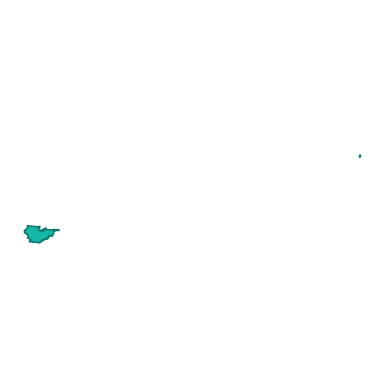 Manzanillo, Colima, Mexico (Albers equal-area conic projection), rotated 164°
{"feature_id": "50627088B77985545046422", "entity_name": "Manzanillo", "entity_type": "district", "adm_level": 2, "iso_a3": "MEX", "parent_name": "Mexico", "parent_adm1": "Colima", "projection": "albers", "projection_center": [-104.517, 19.132], "detail": "fine", "context": "isolated", "style": "filled", "palette": "teal", "viewbox_px": 384, "rotation_deg": 164, "n_neighbors": 0, "source": "geoboundaries", "source_scale": "gbopen_adm2", "svg_char_len": 4435}
<svg xmlns="http://www.w3.org/2000/svg" viewBox="0 0 384 384"><g transform="rotate(164 192 192)"><path d="M362.1,193.8L362.0,193.6L362.3,193.4L362.8,193.1L362.4,192.7L362.1,192.6L360.6,191.3L360.7,191.2L360.8,191.1L360.6,190.9L360.2,190.8L360.0,190.6L359.9,190.5L359.9,190.4L360.3,190.4L360.4,190.2L360.7,190.2L361.3,190.0L362.0,189.3L361.7,188.8L361.4,188.5L360.5,188.6L359.2,188.2L359.2,187.7L358.3,187.5L358.1,187.6L357.9,187.6L356.5,187.1L356.5,186.8L356.3,186.7L355.7,186.5L355.1,186.3L354.1,186.0L353.7,186.0L353.7,185.9L353.9,185.8L353.6,185.6L353.3,185.5L352.9,185.4L352.7,185.2L352.3,185.4L352.0,185.3L351.9,185.5L351.7,185.6L351.6,185.8L351.4,185.8L351.2,185.8L351.1,185.7L350.9,185.8L350.9,186.0L350.7,186.1L350.7,185.9L350.4,185.7L350.1,185.7L350.0,186.1L349.7,186.2L349.5,186.5L349.5,186.8L349.4,187.0L349.0,186.9L348.9,186.9L348.5,186.6L348.3,186.6L348.2,186.5L347.9,186.4L347.4,187.0L347.1,187.5L346.9,187.5L346.8,187.3L346.8,187.2L346.7,187.1L346.3,186.9L345.8,187.4L345.2,187.4L345.0,187.7L344.9,187.7L344.8,187.4L344.9,187.2L345.1,186.7L344.7,186.6L344.3,186.7L344.3,186.8L344.1,187.0L343.9,187.0L343.8,186.9L343.5,187.0L343.1,187.0L343.1,187.3L343.2,187.5L343.0,187.9L342.9,187.9L342.5,188.1L342.1,188.0L342.0,188.3L342.2,188.7L341.9,188.8L341.8,188.7L341.6,188.8L341.6,189.1L341.8,189.3L341.8,189.5L341.7,189.6L341.3,189.7L341.2,189.3L341.0,189.2L340.9,189.5L340.7,189.6L340.4,189.5L340.5,188.7L340.2,188.4L339.8,188.4L339.6,188.8L339.2,188.7L338.7,188.0L338.3,188.1L338.0,188.5L337.7,188.9L337.2,189.3L337.0,189.6L336.9,189.7L336.9,190.0L336.8,190.3L336.5,190.2L336.4,190.2L336.4,190.5L336.4,190.9L336.5,191.0L336.4,191.4L336.1,191.6L336.2,191.8L336.2,192.0L336.0,192.3L335.8,192.4L335.7,192.4L335.5,192.0L335.4,192.0L335.1,192.1L334.8,192.4L335.1,192.8L335.1,193.2L335.2,193.3L335.4,193.2L335.6,193.3L335.5,193.7L335.4,193.9L335.1,193.9L334.7,193.8L334.4,193.7L334.2,193.6L334.3,193.3L334.1,193.3L334.0,193.1L333.9,193.0L333.9,192.9L334.1,192.8L334.1,192.6L334.0,192.4L333.9,192.4L333.7,192.3L333.5,192.5L333.4,192.6L333.5,192.6L333.4,192.7L333.2,192.6L332.1,192.2L331.8,192.2L331.5,192.1L331.3,192.0L331.1,192.0L330.8,191.6L330.6,191.8L330.8,192.0L330.7,192.2L330.4,192.1L330.3,192.5L330.6,192.5L331.6,192.8L334.7,193.9L335.2,194.0L335.8,194.1L336.7,194.2L340.5,195.3L341.3,195.7L341.4,195.8L341.6,196.0L341.8,196.0L342.0,196.1L342.4,196.1L342.4,196.3L342.5,196.4L342.4,196.5L342.5,196.6L342.5,196.9L342.7,197.0L342.8,197.2L342.7,197.3L342.9,197.3L342.9,197.5L343.0,197.4L343.1,197.5L343.0,197.4L343.1,197.2L343.0,196.8L343.0,196.7L343.2,196.8L343.3,196.9L343.4,197.0L343.6,197.0L343.5,196.9L343.7,196.7L343.8,196.7L344.1,196.3L344.3,196.3L344.5,196.4L344.6,196.6L344.8,196.6L344.8,196.8L344.8,196.7L344.9,196.8L345.1,197.0L345.1,197.3L345.3,197.3L345.2,197.3L345.3,197.2L345.2,197.1L345.3,197.1L345.4,196.9L345.5,196.8L345.4,196.5L345.2,196.5L345.1,196.3L345.1,196.1L345.2,195.9L345.7,195.6L346.1,195.6L346.7,195.6L347.2,195.7L347.3,195.8L347.5,196.0L347.4,196.1L347.5,196.2L347.4,196.3L347.5,196.4L347.5,196.6L347.4,196.6L347.2,196.8L347.3,196.8L347.2,196.9L347.3,196.9L347.3,197.0L347.5,197.1L347.6,196.9L347.8,196.7L347.7,196.7L347.8,196.6L347.7,196.6L347.8,196.4L348.0,196.4L348.3,196.5L348.8,196.7L349.3,197.1L349.7,197.6L349.8,198.1L349.9,198.6L349.8,198.8L349.5,199.1L349.4,199.0L349.1,199.0L349.1,198.9L349.3,198.7L349.1,198.9L348.9,199.0L348.5,199.2L348.5,199.4L348.4,199.6L348.5,199.6L348.5,200.0L348.3,200.1L348.3,200.3L348.2,200.4L348.3,200.4L348.3,200.5L348.3,200.8L348.2,200.8L348.4,200.9L348.4,201.0L348.5,201.0L348.6,200.9L349.2,201.0L350.9,201.5L351.8,201.9L352.1,202.1L352.5,202.1L356.3,203.6L359.2,204.9L359.3,204.9L359.2,204.7L360.1,202.8L360.2,202.6L360.5,202.6L361.3,202.6L361.8,201.4L362.2,201.2L362.3,201.3L362.4,201.2L362.5,201.4L362.7,201.5L363.2,201.3L363.4,201.4L363.7,201.2L363.4,200.8L363.6,200.6L363.5,200.4L363.6,200.2L363.9,200.1L364.1,199.8L363.8,199.5L363.9,199.1L363.7,198.8L363.9,198.7L363.7,198.5L363.7,198.3L363.6,198.2L363.2,197.8L363.1,197.5L362.9,197.4L362.3,197.0L362.0,196.5L361.8,196.5L362.0,195.6L361.7,195.0L361.7,194.8L361.9,194.1L362.1,194.1L362.2,193.9L362.1,193.8ZM21.1,180.8L21.2,180.7L21.0,180.2L21.3,179.8L21.4,179.6L21.3,179.4L21.2,179.1L20.9,179.1L20.9,179.3L20.9,179.5L20.7,179.6L20.7,179.8L20.1,180.1L20.0,180.3L19.9,180.7L20.1,180.9L20.2,181.0L20.6,180.9L20.7,181.0L20.9,181.0L21.1,180.8Z" fill="#14b8a6" stroke="#0f766e" stroke-width="1.5"/></g></svg>